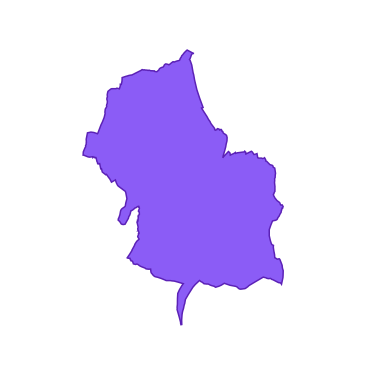 Berghin, Alba, Romania (Robinson projection), rotated 303°
{"feature_id": "2599482B3025623586647", "entity_name": "Berghin", "entity_type": "district", "adm_level": 2, "iso_a3": "ROU", "parent_name": "Romania", "parent_adm1": "Alba", "projection": "robinson", "projection_center": [23.723, 46.065], "detail": "fine", "context": "isolated", "style": "filled", "palette": "violet", "viewbox_px": 384, "rotation_deg": 303, "n_neighbors": 0, "source": "geoboundaries", "source_scale": "gbopen_adm2", "svg_char_len": 6015}
<svg xmlns="http://www.w3.org/2000/svg" viewBox="0 0 384 384"><g transform="rotate(303 192 192)"><path d="M169.7,314.9L171.5,313.9L175.6,311.4L176.1,310.9L176.7,310.1L178.1,308.7L179.3,307.8L180.0,307.0L183.2,302.6L183.4,302.0L183.5,301.5L183.4,301.4L182.1,300.1L182.1,297.4L182.0,297.2L184.5,295.3L187.3,292.6L189.7,290.5L191.1,289.6L191.6,289.4L191.4,287.8L191.6,287.2L192.5,285.9L194.1,284.0L197.4,280.6L202.5,277.3L207.3,276.1L211.5,275.3L211.7,275.5L212.7,276.3L213.1,276.7L213.2,277.0L214.7,278.1L215.7,278.3L217.4,278.0L219.2,278.2L220.9,277.9L223.5,277.8L225.6,276.8L225.8,277.0L227.5,276.3L227.8,276.8L229.5,276.3L230.3,274.5L229.6,274.0L229.5,273.2L230.7,271.6L230.9,271.0L231.1,267.9L231.8,265.9L231.9,265.3L233.4,262.5L234.4,261.5L235.2,261.6L236.5,261.2L237.7,261.2L238.2,260.7L238.5,260.7L240.9,259.1L241.6,258.7L244.8,256.1L246.7,255.1L248.2,254.0L249.3,253.9L251.9,252.4L252.8,252.1L253.6,251.5L257.1,248.4L257.0,246.7L257.9,245.7L258.1,244.8L257.4,242.4L258.4,238.0L258.2,236.9L258.7,236.7L259.1,236.3L259.8,235.1L260.2,234.2L259.7,234.1L258.5,232.9L258.2,231.6L257.3,230.4L256.7,229.3L256.7,228.6L256.6,228.4L259.6,225.6L258.5,224.8L257.2,223.6L258.4,220.8L258.5,219.6L253.2,216.5L254.0,215.7L254.6,215.5L254.7,214.5L254.9,214.3L254.9,214.0L254.3,214.2L249.5,208.6L248.2,207.6L248.8,206.8L247.6,206.4L243.8,204.0L244.9,203.1L245.5,202.4L245.8,200.5L238.6,199.2L237.4,199.3L239.0,198.6L241.1,197.9L244.2,197.0L248.2,195.7L250.7,194.6L253.9,193.5L256.8,191.8L258.3,190.1L258.5,188.7L258.4,187.4L258.5,186.1L259.5,184.8L259.5,184.6L259.3,184.2L260.1,183.1L260.3,182.6L260.3,182.2L259.0,181.5L259.0,181.3L259.5,180.4L259.5,180.1L259.2,179.5L259.0,178.8L258.7,178.7L257.8,178.9L257.6,178.8L257.1,178.2L256.5,177.9L256.5,177.6L256.7,177.1L257.0,176.7L257.6,176.4L259.8,170.4L260.8,168.9L261.9,166.2L263.3,163.7L267.0,155.5L267.6,154.3L268.9,155.3L274.7,147.5L280.5,140.3L287.2,133.3L291.3,129.5L292.7,127.9L298.3,122.7L299.5,121.2L301.4,118.7L301.8,117.7L303.1,117.7L307.2,116.7L308.1,117.0L309.3,118.1L309.0,117.2L308.4,110.6L307.1,110.2L305.6,109.9L304.9,109.7L302.2,109.5L300.6,109.2L299.2,109.5L298.1,109.4L297.0,109.5L296.4,109.8L295.9,109.8L295.2,109.5L293.4,107.8L291.2,106.2L291.1,105.4L290.9,105.1L289.1,104.4L286.5,103.6L286.1,103.3L286.0,102.5L285.4,100.8L285.0,100.1L284.0,99.7L283.3,99.6L282.3,99.8L281.2,99.7L280.7,99.5L280.2,98.9L278.8,98.0L277.7,97.6L276.1,97.7L273.7,97.0L272.8,95.1L273.1,94.6L273.0,94.2L272.5,93.8L272.4,93.2L271.7,92.3L271.6,91.9L271.1,91.1L270.8,89.6L270.0,89.0L269.8,88.1L268.8,86.3L268.4,85.3L268.1,85.0L267.8,84.6L267.5,83.5L266.2,83.0L257.2,77.7L256.9,77.2L255.4,75.6L254.0,74.5L253.3,73.8L249.9,71.1L247.4,72.6L246.4,73.1L243.7,74.1L243.3,73.2L241.9,74.1L239.0,74.9L238.4,73.0L237.9,72.2L237.3,72.0L234.9,68.4L234.1,67.8L230.7,66.7L229.9,66.9L227.4,67.9L225.6,69.3L224.7,69.4L223.5,70.0L222.0,71.6L220.7,72.3L220.5,72.5L220.0,72.7L219.4,72.7L218.2,73.1L217.1,74.0L214.3,74.1L211.5,75.5L210.5,76.4L206.8,77.7L202.0,78.7L198.8,79.1L190.1,81.0L189.4,81.0L188.5,77.4L187.2,74.6L184.7,72.1L178.7,74.5L175.9,76.5L175.5,76.5L174.5,77.3L173.1,77.4L171.9,78.2L170.6,78.2L166.4,79.0L163.6,80.6L163.9,81.1L164.7,85.1L164.9,85.9L165.5,87.2L167.5,89.5L166.9,90.1L167.5,90.2L167.9,90.7L168.0,91.3L167.8,92.0L168.1,92.2L168.1,92.5L168.5,92.6L168.2,93.3L167.8,93.5L167.7,93.7L165.6,95.9L165.4,96.7L164.5,97.3L164.4,97.7L164.3,97.9L164.4,98.1L165.5,99.1L161.7,102.9L162.2,103.4L159.9,105.9L159.5,110.1L159.5,110.4L160.2,110.7L158.6,114.6L158.5,115.1L158.0,116.3L156.4,119.1L160.4,121.2L160.1,121.5L158.5,123.5L157.2,125.7L156.8,126.8L156.3,134.3L156.3,135.0L156.1,135.9L155.1,137.1L151.1,140.9L150.8,141.1L146.6,142.5L144.1,143.6L143.6,143.7L142.9,143.6L140.7,142.7L139.5,142.3L138.6,142.2L137.7,142.3L137.0,142.5L133.7,143.9L130.6,144.7L129.8,144.7L129.0,145.0L128.2,145.4L127.9,147.4L126.7,150.0L126.8,151.0L127.3,152.1L128.5,153.4L135.3,153.0L136.9,152.4L138.5,152.4L140.6,151.9L141.9,151.3L142.4,151.3L142.9,151.0L143.6,151.5L144.7,152.1L145.5,152.3L146.9,152.8L147.7,152.9L148.2,153.5L150.0,154.2L150.7,154.7L150.2,155.5L150.2,155.8L150.5,155.8L149.9,156.6L149.4,156.9L146.9,157.4L146.5,157.8L146.5,158.7L145.7,159.2L144.7,160.0L144.2,160.1L143.2,159.7L142.5,159.9L142.6,160.1L141.7,160.7L141.2,160.8L141.0,161.1L140.1,161.4L139.3,162.0L139.1,161.9L138.6,162.1L138.8,161.7L138.7,161.6L138.3,161.9L137.9,162.0L138.2,162.2L138.1,162.4L137.6,162.4L137.4,162.2L136.4,162.6L136.3,162.8L135.7,163.4L133.6,165.6L132.6,166.3L131.8,166.4L131.3,166.7L130.6,167.7L130.2,167.7L130.4,167.9L128.7,170.0L128.1,169.7L127.9,170.0L127.4,170.2L125.1,170.7L124.8,171.0L124.4,171.8L124.0,172.8L123.5,173.3L120.6,172.5L117.4,172.5L115.6,172.9L110.5,173.3L110.3,173.5L105.5,173.6L101.5,173.5L101.6,174.3L102.6,176.2L101.7,177.0L101.2,178.2L101.5,178.2L101.4,180.0L99.8,182.0L100.6,184.3L101.4,184.8L101.8,185.8L101.6,188.3L101.8,190.2L102.6,193.9L102.5,195.3L102.9,196.2L103.6,197.6L104.8,199.3L102.7,201.0L102.0,201.8L101.6,203.2L101.1,204.5L100.8,206.3L100.9,207.2L101.8,209.7L102.7,213.2L103.5,217.3L103.6,218.3L103.9,219.0L105.9,222.1L106.5,223.5L107.6,225.6L108.8,229.3L110.1,233.8L110.4,234.6L107.9,234.5L103.2,234.7L99.2,235.3L94.8,237.8L89.9,240.9L87.2,242.3L86.3,243.0L85.3,243.5L80.0,249.6L76.6,253.3L75.4,254.2L74.7,255.0L75.3,255.6L79.1,253.0L83.8,250.4L85.6,249.6L87.2,249.0L89.7,248.3L92.7,247.1L94.6,246.6L98.3,245.0L104.1,244.7L112.6,244.6L116.2,245.1L121.9,246.5L121.7,248.5L121.9,249.8L121.6,252.0L123.0,254.8L123.5,255.4L123.8,256.4L123.8,257.5L124.1,259.1L125.1,262.3L124.9,263.0L125.0,263.7L126.4,264.8L127.5,265.8L129.8,267.3L133.0,268.8L134.5,274.7L136.7,280.1L136.9,281.6L136.5,283.5L136.5,284.5L136.7,285.1L137.0,285.7L138.4,287.4L138.7,287.7L139.6,288.8L140.2,289.3L143.0,290.4L144.1,290.6L144.9,290.9L150.6,293.7L159.4,298.1L160.3,300.7L160.4,301.8L160.9,303.2L162.3,305.0L162.2,305.8L162.2,306.7L162.5,307.5L163.0,312.8L163.2,314.1L163.5,314.8L163.9,315.4L163.9,315.8L163.7,316.6L163.4,317.3L169.7,314.9Z" fill="#8b5cf6" stroke="#5b21b6" stroke-width="1.5"/></g></svg>